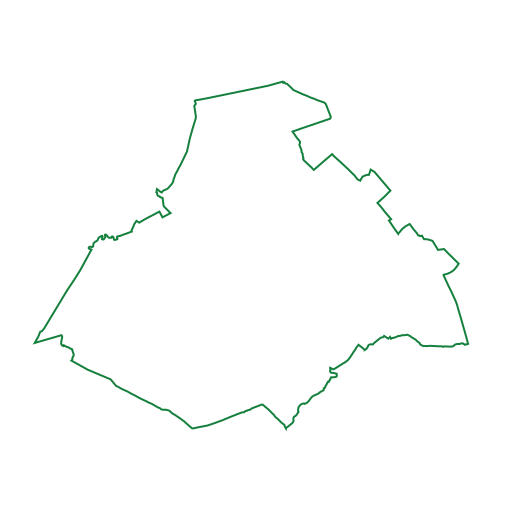 Gropnita, Iasi, Romania (Mercator projection), rotated 273°
{"feature_id": "2599482B43647802232250", "entity_name": "Gropnita", "entity_type": "district", "adm_level": 2, "iso_a3": "ROU", "parent_name": "Romania", "parent_adm1": "Iasi", "projection": "mercator", "projection_center": [27.271, 47.378], "detail": "fine", "context": "isolated", "style": "outline", "palette": "green", "viewbox_px": 512, "rotation_deg": 273, "n_neighbors": 0, "source": "geoboundaries", "source_scale": "gbopen_adm2", "svg_char_len": 6010}
<svg xmlns="http://www.w3.org/2000/svg" viewBox="0 0 512 512"><g transform="rotate(273 256 256)"><path d="M423.9,284.3L425.1,283.3L426.5,281.6L429.6,278.0L429.8,276.3L431.0,275.1L430.4,274.1L431.5,273.5L426.7,259.3L411.3,200.2L409.3,192.1L408.3,187.5L407.8,186.7L404.8,188.0L402.7,186.5L392.1,188.7L390.6,188.7L380.6,186.2L370.1,183.8L356.7,181.6L342.7,175.7L340.0,174.3L336.3,172.7L333.1,171.1L330.2,170.4L327.8,169.5L326.2,169.5L323.6,168.2L318.8,164.4L317.9,163.1L316.7,160.4L316.5,160.1L315.7,159.3L314.5,158.5L315.0,157.4L316.2,155.6L317.6,153.6L314.6,153.2L314.6,153.4L313.9,153.9L313.4,154.0L312.7,154.0L311.3,154.6L310.9,155.0L310.4,156.8L309.7,157.2L309.2,159.6L308.5,159.8L301.7,161.0L301.1,161.3L300.4,161.8L298.7,163.6L294.4,168.4L289.7,160.6L295.3,157.2L286.5,142.5L283.2,137.6L284.8,134.8L281.5,132.8L280.4,132.4L279.6,132.2L274.7,130.3L273.9,130.7L270.8,123.5L270.4,122.2L270.1,121.8L269.0,119.4L268.7,118.4L268.6,117.5L268.2,116.5L268.0,116.2L267.7,116.1L265.9,116.7L265.6,116.7L265.4,116.4L264.6,114.0L264.7,113.6L265.3,113.3L266.3,113.0L267.0,112.7L267.6,112.3L267.9,112.0L268.0,111.7L268.0,111.4L267.8,111.0L266.7,110.7L266.7,109.7L266.5,108.4L266.6,108.0L266.9,107.6L269.3,105.4L269.5,104.6L269.5,104.3L269.3,104.1L268.9,104.1L267.9,104.4L267.0,104.5L264.9,103.3L264.5,102.9L264.5,102.2L264.8,101.4L265.5,101.3L267.5,101.7L268.0,101.5L268.0,100.8L266.7,98.7L265.5,97.7L263.4,96.9L262.7,96.2L261.7,94.6L260.3,93.2L258.8,92.9L257.4,93.0L256.7,92.6L256.4,91.6L256.6,90.4L256.5,89.4L256.3,89.0L255.7,88.6L255.2,88.5L254.6,88.9L254.3,89.5L254.1,90.8L253.7,91.4L249.7,89.4L232.2,81.0L222.6,75.6L211.5,69.0L172.5,48.2L169.7,46.1L169.4,45.2L169.1,44.6L168.6,44.3L164.3,42.9L157.6,39.6L166.7,65.8L165.8,66.5L164.3,66.7L161.1,66.1L158.2,66.0L156.6,66.9L156.0,68.5L156.8,68.8L155.3,71.7L155.0,73.5L153.9,75.3L153.4,76.9L153.0,77.5L152.1,77.5L148.8,78.9L147.3,79.2L146.7,79.0L145.1,78.1L143.4,78.0L142.5,77.6L141.9,77.1L133.7,93.8L125.2,117.3L118.8,123.2L118.5,124.4L116.0,129.4L114.0,134.7L112.1,138.4L110.2,142.8L108.8,145.5L107.4,148.6L105.6,153.1L103.9,156.8L102.8,159.9L99.8,165.7L99.3,167.0L99.2,167.7L97.9,169.4L97.7,170.2L97.6,171.7L97.6,172.3L97.8,173.2L97.7,174.7L97.0,177.6L94.9,180.0L93.9,181.6L93.4,182.7L92.8,183.9L92.0,185.1L89.7,189.0L87.9,191.6L87.3,192.7L85.9,194.3L80.8,200.8L80.6,201.2L80.5,201.7L80.8,203.3L81.8,206.6L82.4,209.3L84.2,216.5L87.0,223.5L89.1,228.4L89.9,230.4L94.1,239.1L98.6,249.0L99.1,250.3L99.3,251.2L99.3,252.3L100.5,253.4L100.9,254.4L100.9,255.0L101.5,255.8L101.8,256.3L102.1,258.0L102.4,258.4L103.2,259.2L103.9,260.4L106.5,266.4L107.7,268.8L108.0,270.1L107.4,271.2L105.9,273.1L103.3,276.6L99.3,280.9L98.3,282.3L97.1,283.0L96.1,284.0L94.9,285.5L94.6,286.1L91.1,289.9L88.8,293.2L87.4,293.6L85.2,295.0L85.8,295.1L86.3,295.6L88.0,297.7L89.7,299.4L90.8,300.8L92.6,302.0L93.1,302.1L95.4,301.8L97.1,302.2L97.4,302.3L98.5,304.0L99.2,304.6L102.3,306.5L102.6,306.6L103.6,306.1L105.9,306.2L107.1,306.4L108.5,307.2L109.8,308.3L110.6,309.3L110.8,310.1L111.1,310.9L111.3,311.7L110.9,312.2L110.9,312.5L112.1,314.6L114.3,316.6L115.8,317.4L118.6,319.6L119.6,321.0L121.2,324.4L122.0,325.7L122.7,326.3L122.9,326.8L123.5,327.2L123.7,327.6L124.0,327.9L124.1,328.3L124.8,329.3L125.3,330.2L125.9,330.6L126.7,330.8L127.0,330.8L127.3,330.7L127.3,331.1L128.3,331.9L130.1,332.3L130.8,332.9L131.4,333.2L133.2,333.8L134.4,334.7L134.1,335.2L136.5,336.5L136.7,336.4L137.9,337.0L138.7,337.2L139.1,341.0L139.5,342.2L140.1,342.9L141.4,342.9L142.7,342.6L142.8,342.3L143.0,340.8L143.2,339.8L143.5,336.7L144.7,336.0L145.6,336.1L146.3,336.4L146.7,336.3L147.4,335.9L148.2,335.9L146.9,339.1L147.0,339.6L148.1,341.3L153.3,348.6L153.9,349.7L156.6,353.0L159.6,355.2L161.1,356.0L163.5,357.5L165.1,358.3L167.9,360.2L169.0,360.5L172.7,363.0L170.0,366.9L168.0,369.5L167.8,369.5L168.2,370.2L169.2,371.2L170.0,371.7L170.9,372.3L172.1,372.6L172.7,373.0L173.4,373.8L173.8,374.9L173.8,377.2L174.0,377.6L174.5,377.8L175.5,378.7L180.7,384.6L181.3,385.9L181.6,387.1L182.0,387.6L182.9,388.1L180.4,392.4L182.2,394.1L180.4,395.1L180.6,395.6L181.2,396.1L181.4,397.0L181.4,397.8L181.7,398.1L182.3,399.9L182.4,400.1L182.9,401.0L183.6,402.5L183.6,403.1L183.8,403.9L183.9,404.5L184.5,405.9L184.6,406.5L184.7,408.7L185.1,410.2L185.3,411.2L184.3,413.8L182.8,415.9L182.4,416.9L180.6,420.1L179.1,421.6L178.7,422.4L177.6,424.0L176.5,424.5L176.1,424.8L174.8,427.8L174.9,428.5L175.0,431.7L175.4,434.5L175.4,443.6L175.5,446.7L175.1,447.8L175.3,448.1L175.5,448.1L175.6,448.9L175.7,455.8L176.1,457.3L176.6,458.1L177.1,458.7L177.7,459.0L177.9,459.2L178.4,460.7L178.7,461.7L178.7,463.4L178.8,464.1L179.3,465.1L179.6,466.8L179.1,468.0L178.3,468.9L178.2,469.2L178.7,470.0L178.8,470.5L178.8,471.3L179.3,472.1L179.4,472.4L187.3,469.8L204.6,463.9L214.4,460.4L217.6,459.4L221.5,457.7L231.3,452.6L236.0,449.9L244.5,445.4L246.7,444.3L247.0,444.3L247.2,444.6L247.8,446.8L248.5,448.5L249.7,450.9L251.9,453.9L252.8,454.7L255.3,456.6L258.9,458.8L269.3,447.1L272.8,443.4L271.6,437.5L280.3,431.5L281.2,428.4L281.5,426.9L281.7,425.4L281.6,422.9L285.0,420.6L284.7,420.0L284.5,419.5L284.5,419.0L284.7,418.6L284.6,418.4L284.6,418.2L285.1,417.7L285.2,416.7L287.1,415.6L290.6,412.2L296.0,407.8L295.1,406.3L293.2,403.4L291.7,401.8L291.1,401.0L286.9,397.8L286.5,397.3L285.5,396.9L290.6,392.8L298.4,386.9L299.8,389.0L306.9,382.3L311.1,378.7L315.4,374.5L321.7,380.9L328.3,386.8L346.1,370.0L348.3,366.0L342.9,364.5L342.9,363.4L342.8,362.6L342.5,361.7L341.0,358.5L340.3,357.9L336.7,356.1L337.1,355.4L337.2,354.5L338.5,352.7L341.5,350.3L343.7,347.7L346.3,344.9L353.9,335.9L357.1,331.9L360.4,327.9L361.7,326.7L357.3,322.0L345.0,309.2L347.3,306.8L354.1,298.7L355.4,297.9L355.9,298.3L358.0,297.6L359.3,297.3L360.4,297.3L362.1,296.1L363.8,295.9L364.6,295.7L369.2,293.5L369.6,293.5L371.0,294.0L372.2,294.0L374.5,292.3L375.9,290.8L382.2,286.0L386.2,295.8L397.1,323.0L398.9,323.4L410.9,318.0L411.7,317.5L412.7,316.2L413.0,315.8L413.7,312.9L414.9,308.9L416.0,306.1L417.1,302.2L418.7,298.2L420.1,293.8L423.9,284.3Z" fill="none" stroke="#15803d" stroke-width="2"/></g></svg>